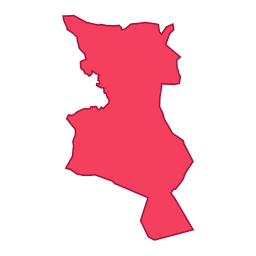 outline of Afijio, Oyo, Nigeria, rotated 271°
{"feature_id": "59680162B11241948791785", "entity_name": "Afijio", "entity_type": "district", "adm_level": 2, "iso_a3": "NGA", "parent_name": "Nigeria", "parent_adm1": "Oyo", "projection": "robinson", "projection_center": [3.925, 7.738], "detail": "fine", "context": "isolated", "style": "filled", "palette": "rose", "viewbox_px": 256, "rotation_deg": 271, "n_neighbors": 0, "source": "geoboundaries", "source_scale": "gbopen_adm2", "svg_char_len": 4088}
<svg xmlns="http://www.w3.org/2000/svg" viewBox="0 0 256 256"><g transform="rotate(271 128 128)"><path d="M35.5,142.2L19.4,150.4L16.5,156.5L27.3,194.4L27.4,194.9L59.2,175.5L63.7,171.9L67.8,174.9L67.6,176.5L76.8,183.5L84.8,186.6L95.7,193.6L112.8,184.4L116.5,183.3L116.5,183.2L123.6,172.4L131.8,167.7L135.3,165.3L136.3,164.8L140.5,163.1L141.9,163.2L149.8,159.2L158.9,159.3L163.0,159.9L172.7,161.1L172.4,173.1L173.4,178.3L173.5,178.5L180.3,179.5L183.0,177.9L185.9,177.3L189.4,175.9L190.1,175.9L196.6,175.5L197.2,176.0L199.9,179.1L212.0,164.2L212.7,164.5L222.9,167.8L227.0,172.0L229.0,171.8L232.7,171.0L229.6,164.5L222.5,159.9L224.4,157.7L232.0,156.6L232.6,153.2L233.8,143.3L232.9,137.8L232.3,132.7L232.0,129.2L229.8,126.8L226.5,122.7L226.5,122.1L226.2,120.0L228.3,119.6L230.5,117.2L229.8,111.8L229.9,111.7L230.1,104.9L231.1,98.8L230.4,96.5L230.5,96.0L231.2,92.5L232.4,86.9L232.9,84.4L239.2,72.3L239.5,71.7L239.0,66.7L239.0,64.8L238.8,61.1L234.2,62.1L230.0,64.0L227.4,65.3L225.5,65.4L221.9,71.3L217.9,75.5L214.1,75.9L212.3,76.6L211.2,76.9L207.6,77.6L205.9,78.7L200.9,83.6L198.8,84.0L195.9,85.0L195.4,83.7L194.8,81.7L194.2,80.6L193.2,79.2L192.4,79.3L191.9,79.4L191.1,79.5L190.4,79.5L190.1,79.4L189.8,79.4L189.0,79.5L188.3,79.7L187.3,79.9L186.7,80.0L186.3,80.4L185.7,81.0L185.4,81.6L185.2,82.2L184.9,82.6L184.6,83.1L184.3,83.2L184.1,83.2L183.8,83.2L183.6,83.1L183.4,83.2L183.1,83.3L182.9,83.5L182.6,83.5L182.4,83.6L182.2,83.7L182.0,83.8L181.9,83.8L181.8,84.0L181.7,84.2L181.7,84.4L181.6,84.6L181.6,84.8L181.5,85.0L181.4,85.3L181.4,85.6L181.4,85.8L181.2,86.0L181.2,86.3L181.1,86.5L180.9,86.7L180.7,86.8L180.6,87.0L180.4,87.2L180.4,87.3L180.2,87.3L180.0,87.5L179.9,87.6L179.8,87.9L179.6,88.0L179.4,88.1L179.5,88.8L179.8,89.0L180.0,89.3L180.3,89.9L180.7,90.2L181.2,90.4L181.5,90.6L181.7,90.8L181.8,90.9L182.0,90.9L182.1,91.0L182.4,91.1L182.8,91.1L183.4,91.1L183.9,91.2L184.4,91.3L183.4,92.8L182.0,94.4L181.3,96.7L180.1,98.5L179.5,97.5L179.3,97.4L179.1,97.4L178.7,97.4L178.1,97.2L177.9,97.2L177.5,97.2L177.1,97.2L176.7,97.2L176.4,97.2L176.3,97.4L176.1,97.7L175.9,97.7L175.7,97.6L175.3,97.4L175.1,97.3L175.1,97.6L175.1,97.8L174.9,97.9L174.7,98.1L174.6,98.3L174.4,98.4L174.2,98.4L173.7,98.5L173.0,98.6L172.4,98.7L171.8,98.8L171.6,98.1L171.5,97.3L171.6,96.7L171.9,96.1L171.1,95.8L170.1,95.8L170.0,96.1L169.9,96.5L169.1,97.4L168.7,98.2L168.5,98.8L168.4,99.2L168.0,100.0L167.6,100.9L167.6,101.0L167.7,101.7L167.7,102.4L167.8,103.0L167.6,103.0L167.4,103.1L167.1,103.1L166.9,103.1L166.5,103.1L166.1,103.2L165.4,103.3L164.7,103.4L164.4,103.4L164.2,103.4L163.9,103.5L163.6,103.5L163.4,103.5L163.4,103.4L163.1,103.5L162.9,103.6L162.6,103.8L162.4,103.9L162.4,104.1L162.4,104.8L162.4,105.1L162.3,105.3L161.9,105.5L161.6,105.7L161.1,105.9L159.9,106.2L158.6,106.6L157.5,107.5L155.7,108.4L153.5,108.7L151.6,107.6L151.4,107.2L150.4,106.0L149.6,105.6L148.7,104.4L146.8,102.9L147.2,102.4L147.7,101.9L148.1,101.4L148.4,101.1L148.1,100.8L147.8,100.7L147.6,100.4L147.4,100.1L146.7,99.8L146.4,99.6L145.8,98.7L145.7,98.4L146.0,97.9L146.1,97.7L146.3,97.4L146.7,97.2L147.1,96.9L147.3,96.8L147.6,96.6L147.8,96.6L148.1,96.4L148.3,96.4L148.6,96.2L148.7,95.9L148.7,95.7L148.8,95.5L148.8,95.4L148.8,95.2L149.0,94.9L149.0,94.7L148.8,94.3L148.7,93.9L148.7,93.7L148.5,93.4L148.4,93.2L148.4,92.9L148.4,92.6L148.4,92.4L148.3,92.2L148.5,92.1L148.6,91.9L148.5,91.6L148.5,91.3L148.5,91.0L148.6,90.8L148.4,90.7L148.2,90.5L148.2,90.3L148.1,90.2L147.9,90.3L147.8,90.2L147.7,90.1L147.3,90.0L147.0,89.8L146.8,89.7L146.6,89.0L146.6,88.8L146.4,88.4L146.3,87.6L146.4,87.1L146.4,86.6L146.5,86.2L146.6,85.8L146.7,85.5L146.6,84.9L146.5,84.7L146.2,83.0L143.6,77.5L141.8,75.2L141.0,74.4L140.5,73.7L140.3,73.3L140.0,72.6L139.8,71.8L139.8,71.0L139.8,70.7L139.8,70.4L139.9,70.0L139.9,69.3L140.2,68.4L137.9,67.2L136.1,66.5L134.4,68.4L133.4,68.8L126.5,74.7L125.7,75.4L120.6,75.6L113.9,73.2L113.2,73.2L112.8,73.3L108.6,73.9L105.5,73.5L105.4,73.5L99.0,73.1L86.7,66.5L85.4,71.4L81.2,77.6L80.0,83.7L79.9,87.1L79.9,89.3L80.6,95.9L80.5,96.3L74.7,113.1L72.0,116.0L71.7,117.1L58.7,149.2L35.5,142.2Z" fill="#f43f5e" stroke="#9f1239" stroke-width="1.5"/></g></svg>